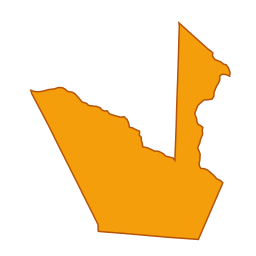 Sítio Novo do Tocantins, Tocantins, Brazil, rotated 93°
{"feature_id": "56859067B78614603253170", "entity_name": "Sítio Novo do Tocantins", "entity_type": "district", "adm_level": 2, "iso_a3": "BRA", "parent_name": "Brazil", "parent_adm1": "Tocantins", "projection": "albers", "projection_center": [-47.721, -5.652], "detail": "fine", "context": "isolated", "style": "filled", "palette": "amber", "viewbox_px": 256, "rotation_deg": 93, "n_neighbors": 0, "source": "geoboundaries", "source_scale": "gbopen_adm2", "svg_char_len": 1599}
<svg xmlns="http://www.w3.org/2000/svg" viewBox="0 0 256 256"><g transform="rotate(93 128 128)"><path d="M95.4,227.0L98.5,226.0L130.0,207.3L149.4,196.4L191.6,172.3L197.3,169.2L199.6,167.8L207.7,163.2L225.9,152.9L232.7,152.3L232.9,149.2L233.4,130.0L235.0,82.8L235.6,51.9L196.3,37.3L191.9,35.6L188.3,34.4L180.4,31.3L177.7,30.5L175.7,32.8L174.0,36.8L170.7,40.0L168.2,43.2L166.0,46.1L164.6,49.7L164.6,53.1L162.3,54.6L159.4,55.2L156.6,54.6L153.7,54.6L150.4,54.6L147.3,55.8L144.7,57.3L142.1,56.8L139.5,55.6L137.0,55.3L133.6,54.3L130.1,53.1L126.5,53.7L123.5,53.3L121.8,55.6L120.7,58.1L118.2,59.5L115.4,59.9L112.4,61.2L109.9,62.1L101.9,59.5L99.1,56.8L96.1,53.8L95.5,49.0L94.7,45.5L91.7,43.9L88.2,44.0L85.1,43.0L81.7,41.8L78.7,40.2L75.4,38.9L71.3,39.1L69.4,36.9L69.5,32.8L70.9,29.2L67.3,29.0L62.8,30.8L59.7,33.3L59.2,36.0L57.2,38.5L56.0,42.1L54.9,45.1L51.6,47.4L48.6,47.2L46.9,49.3L45.0,52.2L20.4,82.6L23.9,82.1L68.1,81.1L98.9,80.6L101.6,80.5L104.7,80.5L108.1,80.4L118.5,80.1L123.1,80.0L157.9,79.5L155.6,81.5L154.1,88.9L152.0,91.2L150.6,94.1L149.6,96.6L149.7,100.4L147.8,104.7L146.6,108.1L146.0,112.4L143.0,112.8L139.9,114.0L136.6,114.2L134.7,116.3L130.7,116.2L129.1,120.4L127.6,123.6L127.2,126.6L122.8,127.7L119.7,129.3L116.9,132.5L117.6,135.6L116.9,139.2L115.9,143.6L114.8,147.4L111.9,149.7L112.3,152.3L111.3,155.1L109.2,156.9L108.1,160.6L108.0,163.1L107.5,168.5L105.6,170.7L104.4,175.3L100.4,178.9L96.6,182.7L95.2,185.5L94.5,190.5L92.5,192.8L91.3,195.3L91.1,199.3L92.8,203.6L93.8,209.3L95.4,214.1L96.3,217.7L96.6,221.0L96.3,224.0L95.4,227.0Z" fill="#f59e0b" stroke="#b45309" stroke-width="1.5"/></g></svg>